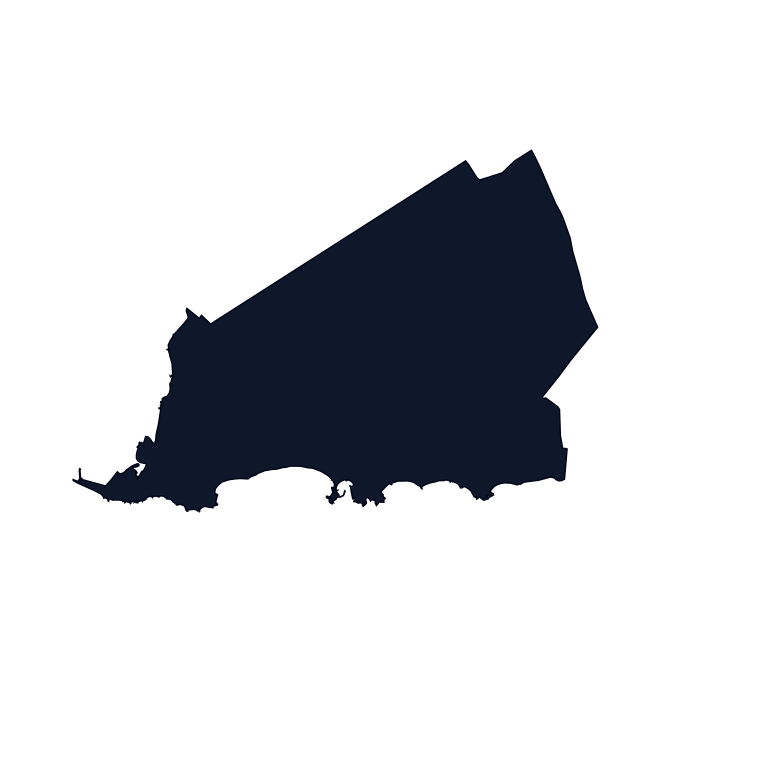 the district of Muntazah, Al Iskandariyah, Egypt, rotated 220°
{"feature_id": "37247803B90463856595624", "entity_name": "Muntazah", "entity_type": "district", "adm_level": 2, "iso_a3": "EGY", "parent_name": "Egypt", "parent_adm1": "Al Iskandariyah", "projection": "orthographic", "projection_center": [30.035, 31.264], "detail": "fine", "context": "isolated", "style": "filled", "palette": "ink", "viewbox_px": 768, "rotation_deg": 220, "n_neighbors": 0, "source": "geoboundaries", "source_scale": "gbopen_adm2", "svg_char_len": 6171}
<svg xmlns="http://www.w3.org/2000/svg" viewBox="0 0 768 768"><g transform="rotate(220 384 384)"><path d="M256.9,564.8L283.7,578.1L292.9,584.3L303.5,592.6L324.6,606.7L334.9,615.2L353.5,626.2L359.9,629.2L368.2,632.3L403.5,650.1L416.6,656.0L421.3,657.7L427.3,638.8L429.1,621.8L441.4,602.4L442.5,601.6L445.0,601.6L460.6,606.5L464.9,607.3L555.4,318.4L567.9,319.3L567.7,315.5L583.5,315.2L582.5,313.0L577.0,309.5L576.3,308.2L576.1,301.6L576.6,287.8L577.2,286.5L576.1,284.4L575.7,280.1L574.2,275.0L571.4,272.7L572.4,271.0L572.0,270.9L571.3,272.6L570.4,271.1L566.5,268.3L567.0,268.0L566.5,268.2L559.5,263.5L550.9,254.4L552.2,254.1L551.7,253.4L552.2,252.6L552.6,252.6L552.1,252.3L551.4,253.5L551.6,253.9L550.7,254.3L550.0,253.6L549.9,251.4L548.3,248.6L548.6,247.5L547.9,246.2L544.4,242.7L542.6,239.0L542.2,235.3L543.7,232.8L544.4,230.4L542.6,227.8L543.5,227.2L543.9,227.4L543.4,226.7L543.4,227.1L542.4,227.5L541.3,225.0L541.5,224.1L539.6,221.8L540.9,220.9L540.5,220.6L539.5,221.7L537.8,219.6L530.7,207.9L526.2,199.2L522.7,194.1L522.3,193.1L522.9,193.3L522.3,193.0L521.4,191.4L521.5,190.6L524.4,190.5L527.7,191.6L530.5,191.8L532.8,190.5L530.3,184.7L531.0,183.1L532.0,183.2L531.9,182.4L533.7,182.3L533.7,181.3L532.6,181.3L532.5,177.0L531.1,177.2L530.0,174.1L528.0,170.5L525.9,168.0L524.5,167.3L522.5,166.9L520.7,167.2L517.7,168.5L515.7,169.9L514.3,169.6L513.5,167.8L512.5,163.0L513.3,161.1L511.9,153.1L512.1,152.1L512.5,153.9L513.6,154.7L514.7,154.4L517.2,156.3L516.2,156.7L516.1,157.3L518.6,158.0L523.0,157.9L522.9,158.9L520.6,161.0L519.3,163.7L520.1,164.9L521.1,164.8L521.9,163.9L523.9,160.1L525.0,156.9L525.7,153.2L526.1,152.8L526.0,150.3L526.9,147.6L528.3,145.3L531.8,145.3L531.4,134.1L531.7,126.9L553.9,116.7L555.3,117.9L554.8,117.3L554.8,114.6L553.4,112.9L554.5,112.4L555.2,113.4L555.2,115.4L555.6,116.4L561.5,122.5L561.7,123.5L562.6,123.6L562.3,122.5L556.0,115.8L556.1,112.4L560.7,111.0L560.5,110.6L559.8,110.3L555.2,111.2L537.1,116.3L529.9,117.8L526.1,117.3L525.4,116.4L524.6,117.5L522.1,118.4L519.8,117.0L519.6,117.6L520.4,117.8L520.9,118.6L520.4,119.5L516.6,121.0L516.6,121.4L512.1,125.1L510.1,126.3L508.3,126.2L507.8,127.0L506.9,127.0L506.4,126.4L506.0,127.2L506.8,127.6L506.3,127.6L506.6,128.5L506.2,128.8L504.0,129.0L503.0,130.0L501.3,129.3L501.2,129.7L501.7,130.0L502.9,130.3L502.4,131.6L501.4,131.6L501.5,132.1L500.4,133.4L499.8,133.1L499.2,133.8L499.1,133.3L498.7,134.2L497.8,134.2L498.1,134.0L497.8,133.8L496.7,134.5L497.4,134.7L497.6,135.6L497.2,135.9L497.2,136.3L496.6,136.2L496.8,136.7L496.0,137.0L496.1,137.4L494.1,139.1L493.5,138.9L493.7,139.6L492.6,141.6L492.8,142.4L492.4,142.7L492.8,143.2L492.5,145.1L491.6,147.1L489.7,148.4L488.3,148.2L488.6,149.5L487.6,150.7L484.9,152.6L483.8,152.7L483.6,154.2L481.5,156.0L479.8,156.8L479.2,156.5L479.9,156.2L478.5,156.7L476.4,156.4L475.1,157.6L472.4,158.6L469.4,158.1L468.3,158.4L464.6,158.1L463.8,160.0L462.0,161.2L458.5,162.4L454.1,160.0L452.9,160.8L453.0,160.2L452.6,160.4L452.9,161.9L449.2,165.7L446.5,167.2L445.3,166.8L444.2,168.2L443.5,167.7L443.5,168.3L444.4,168.7L444.5,169.1L444.2,171.7L443.1,174.5L441.6,176.0L440.7,176.1L435.5,179.3L436.3,180.4L435.9,181.2L436.0,181.8L435.1,182.4L434.0,184.2L434.2,184.9L435.0,184.8L434.9,184.2L435.3,184.2L435.8,184.8L435.4,184.8L435.5,185.1L436.0,184.9L437.4,186.0L440.4,192.2L443.4,191.4L445.8,195.0L446.1,199.8L445.0,205.2L440.8,211.6L437.5,215.2L433.7,219.0L427.2,223.9L426.3,227.5L423.7,232.1L423.3,234.3L419.6,241.1L413.7,247.9L411.6,249.7L408.0,254.8L405.4,257.5L402.9,261.0L395.0,267.5L388.2,271.1L384.5,273.7L375.7,276.8L367.9,277.9L362.5,277.6L362.3,276.9L362.0,277.2L359.8,276.7L356.9,274.9L356.0,272.8L356.3,271.9L357.3,271.3L357.9,271.8L357.0,270.6L356.6,271.0L356.7,270.4L354.3,268.8L353.4,267.7L352.8,264.1L353.7,261.6L354.7,261.5L355.3,262.3L355.0,261.6L355.8,261.1L355.7,260.6L354.9,260.0L352.6,260.6L352.2,261.2L352.7,261.6L352.2,262.2L350.7,260.7L350.6,259.9L351.6,260.2L350.3,258.7L348.3,258.4L347.8,259.1L346.7,258.9L346.8,260.1L347.5,260.7L346.8,260.8L347.8,261.3L346.7,264.9L347.3,266.7L345.7,268.8L345.0,268.9L343.5,272.1L343.6,273.4L344.9,277.0L345.4,276.9L343.7,273.3L343.7,272.2L345.1,269.0L345.7,269.0L347.8,270.2L351.0,270.7L351.6,271.8L351.4,272.6L352.5,271.7L354.5,274.5L355.2,278.1L354.5,281.8L352.7,285.2L351.3,286.5L350.9,285.7L350.4,286.0L350.9,286.6L349.6,287.6L347.1,288.4L344.2,288.2L342.4,287.2L342.1,286.3L343.3,284.0L344.5,284.3L344.6,283.9L343.3,283.8L340.8,281.2L334.2,276.0L333.8,276.0L334.7,277.1L334.1,277.7L332.8,277.5L331.1,276.1L331.8,275.4L331.5,274.6L329.8,275.7L327.7,276.0L326.4,277.0L325.8,278.3L325.4,278.0L324.2,278.6L320.9,276.5L321.4,277.4L320.9,279.2L321.2,279.7L321.4,279.0L321.9,279.6L322.5,279.2L322.7,280.0L322.2,280.4L322.1,279.8L321.3,280.3L321.0,279.6L320.8,281.2L321.5,282.1L323.9,283.7L324.3,285.3L324.0,286.2L323.6,286.5L321.4,286.6L319.1,285.8L319.3,286.9L318.1,288.2L316.3,288.7L315.4,288.7L314.2,287.2L311.7,286.1L311.8,290.5L308.1,293.3L309.6,295.1L309.7,297.2L312.0,297.1L313.4,298.5L314.8,298.5L316.8,299.4L317.1,301.3L316.5,308.7L315.7,311.2L313.5,311.7L313.4,312.0L314.4,312.5L314.5,312.9L310.9,318.6L303.2,325.3L299.4,327.3L296.4,328.0L293.0,328.1L290.5,329.1L288.5,328.1L287.7,328.2L289.0,329.3L288.8,330.4L287.6,333.7L285.2,337.8L281.3,342.8L280.0,345.1L276.0,348.6L274.6,350.7L272.7,351.4L271.7,352.4L270.3,351.5L270.3,352.5L266.8,354.2L264.0,355.0L262.0,354.9L259.5,353.9L258.6,354.4L258.4,353.9L257.6,354.8L257.3,354.2L257.5,355.4L256.3,357.2L253.7,357.9L248.6,358.1L242.7,355.6L240.2,356.3L239.1,355.5L238.5,356.6L238.9,357.9L238.2,358.9L233.7,358.9L232.8,359.3L231.0,362.0L231.1,362.9L230.5,363.2L230.9,363.6L230.8,364.2L232.4,364.2L233.6,364.8L232.8,364.9L232.4,366.6L230.9,366.6L230.8,365.6L230.2,365.6L228.8,369.4L229.9,370.2L232.6,369.4L233.5,370.3L234.0,371.9L233.7,376.6L232.5,379.8L230.3,383.3L227.9,386.0L223.2,389.5L217.0,392.5L216.4,394.0L214.9,395.1L214.5,397.0L213.4,399.2L203.7,409.7L196.7,419.7L193.3,421.5L190.5,421.4L187.7,422.3L186.1,423.9L184.5,427.0L202.0,451.9L204.2,450.8L205.6,449.4L215.7,457.8L233.3,477.4L236.4,478.2L251.3,477.2L252.1,475.5L253.2,475.2L254.4,476.2L255.1,502.5L256.3,522.3L256.9,564.8Z" fill="#0f172a" stroke="#020617" stroke-width="1.5"/></g></svg>